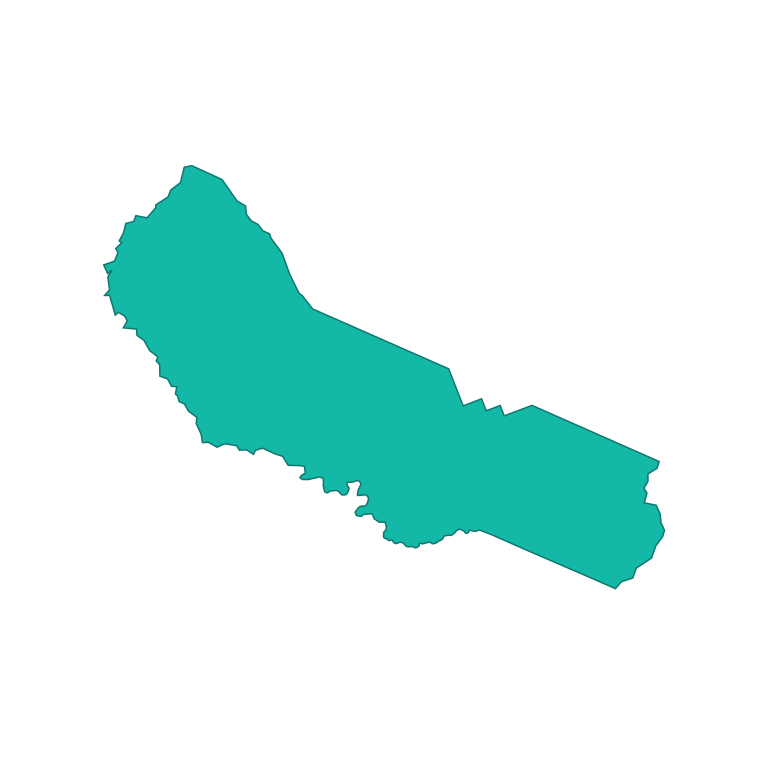 outline of Madera, California, United States of America, rotated 69°
{"feature_id": "52423323B41205581888996", "entity_name": "Madera", "entity_type": "district", "adm_level": 2, "iso_a3": "USA", "parent_name": "United States of America", "parent_adm1": "California", "projection": "albers", "projection_center": [-119.643, 37.271], "detail": "fine", "context": "isolated", "style": "filled", "palette": "teal", "viewbox_px": 768, "rotation_deg": 69, "n_neighbors": 0, "source": "geoboundaries", "source_scale": "gbopen_adm2", "svg_char_len": 3062}
<svg xmlns="http://www.w3.org/2000/svg" viewBox="0 0 768 768"><g transform="rotate(69 384 384)"><path d="M555.0,154.9L457.0,253.5L456.8,283.2L445.7,283.2L445.6,298.2L432.8,298.2L432.8,317.9L393.0,318.2L288.4,423.7L272.1,428.7L268.8,430.8L247.8,432.7L225.2,432.3L207.6,437.2L202.8,437.0L197.6,442.2L190.1,444.3L184.0,449.5L176.1,451.7L168.3,449.4L160.4,455.6L135.1,461.9L111.4,485.1L110.0,492.8L123.1,501.9L126.4,513.5L132.0,518.6L135.0,532.9L137.6,533.8L143.9,545.7L137.9,555.3L142.6,559.4L141.6,567.5L149.6,573.1L155.6,580.0L158.0,578.0L161.5,586.0L165.7,585.1L172.7,591.5L172.4,603.0L181.8,602.4L180.2,597.0L185.0,603.4L197.7,606.5L201.2,613.1L203.0,608.4L223.4,610.2L221.9,606.2L227.7,601.7L233.2,601.1L238.1,607.3L244.1,595.3L250.2,597.2L257.1,592.5L268.8,590.8L277.8,585.4L280.9,588.4L285.6,586.5L296.4,590.4L301.7,584.2L309.9,583.2L312.3,578.5L318.6,582.3L321.5,581.0L327.0,581.6L331.0,577.5L339.4,576.2L348.2,570.6L353.4,573.5L365.4,572.7L373.7,574.5L375.4,568.9L383.2,562.5L382.7,554.1L388.8,543.6L393.9,542.8L396.1,536.1L402.9,531.0L399.8,527.7L400.5,520.2L410.4,510.6L413.2,506.9L415.2,504.6L425.6,502.6L430.0,491.9L432.2,487.8L439.1,489.4L439.6,493.4L441.1,496.0L443.8,494.6L446.1,488.8L447.1,481.5L447.6,477.8L450.2,474.6L453.7,475.6L457.1,477.1L462.1,477.9L463.6,477.8L465.0,476.5L465.4,475.0L464.5,473.0L465.3,470.4L465.8,468.3L466.3,466.5L468.0,465.0L469.4,464.3L470.8,463.8L472.5,463.0L473.4,460.7L473.6,459.0L472.5,457.1L471.1,455.6L468.6,453.9L466.4,454.5L464.1,454.4L462.4,453.3L463.2,452.0L464.3,449.0L464.4,446.0L464.6,443.3L466.2,441.8L468.9,441.3L471.6,443.7L473.8,446.2L476.1,447.4L477.1,448.3L478.6,448.6L478.9,447.7L479.9,444.4L480.8,441.0L483.2,439.3L485.8,439.7L488.6,441.7L490.6,444.0L491.2,445.4L490.2,447.8L489.7,450.2L490.7,452.9L493.3,456.9L496.7,456.9L498.4,454.7L499.3,452.8L499.2,451.7L498.4,450.1L499.3,446.8L500.5,442.8L501.6,441.1L502.8,441.3L503.7,441.6L506.3,441.4L511.3,438.0L513.3,432.6L517.5,432.8L520.8,434.3L522.4,437.5L526.5,439.2L528.3,438.8L529.3,436.9L531.0,436.4L532.3,434.9L532.0,433.3L532.8,432.2L534.5,432.0L536.1,431.4L537.3,430.1L537.4,427.9L537.4,425.5L538.4,424.1L539.4,423.1L540.6,422.5L542.2,422.1L543.6,421.3L544.5,420.0L545.0,418.7L545.3,417.5L545.7,416.2L546.8,414.9L548.1,413.7L548.4,412.0L547.7,409.1L546.2,408.6L545.6,407.3L545.9,406.9L547.0,405.5L547.3,403.2L547.4,401.2L547.7,399.9L548.3,397.5L550.4,396.2L551.1,394.1L551.0,391.7L550.3,389.9L550.3,388.0L550.2,386.5L549.6,384.8L548.1,383.3L547.5,382.3L547.9,380.1L548.1,378.4L548.9,376.9L549.3,375.5L549.2,374.0L548.4,371.7L547.7,369.9L546.8,369.2L546.5,365.2L548.9,363.2L549.9,362.0L551.0,361.6L552.2,361.5L553.1,360.1L552.5,357.8L550.7,356.7L552.9,353.9L554.5,351.2L554.3,347.5L559.2,342.0L563.5,337.3L576.5,324.2L592.2,308.4L613.8,286.3L625.2,274.6L648.5,250.9L658.0,241.3L653.7,233.3L654.2,221.1L646.3,214.5L642.4,196.7L632.4,188.1L626.4,178.6L621.2,174.6L612.7,175.1L604.4,172.7L594.6,173.4L588.3,183.6L580.0,177.6L574.4,178.6L569.4,172.4L562.5,169.8L560.6,159.4L555.0,154.9Z" fill="#14b8a6" stroke="#0f766e" stroke-width="1.5"/></g></svg>